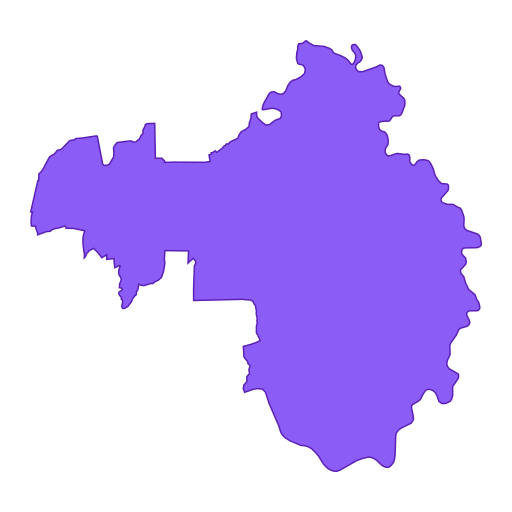 outline of Bac Tan Uyen, Bình Dương, Vietnam
{"feature_id": "81297802B7309999559024", "entity_name": "Bac Tan Uyen", "entity_type": "district", "adm_level": 2, "iso_a3": "VNM", "parent_name": "Vietnam", "parent_adm1": "Bình Dương", "projection": "natural_earth1", "projection_center": [106.832, 11.138], "detail": "fine", "context": "isolated", "style": "filled", "palette": "violet", "viewbox_px": 512, "rotation_deg": 0, "n_neighbors": 0, "source": "geoboundaries", "source_scale": "gbopen_adm2", "svg_char_len": 5981}
<svg xmlns="http://www.w3.org/2000/svg" viewBox="0 0 512 512"><path d="M399.7,86.2L395.4,86.5L393.6,86.2L389.6,84.2L388.6,83.0L387.8,81.8L386.5,78.5L385.0,73.6L384.0,67.8L383.3,66.5L382.1,65.3L379.9,65.0L376.6,66.8L362.6,71.7L358.9,71.7L356.9,70.2L355.7,68.1L355.7,66.2L356.0,65.2L357.8,63.0L359.8,61.8L361.0,60.4L361.7,59.4L362.3,57.0L360.2,50.9L357.4,46.7L355.4,44.5L352.8,44.7L352.1,45.1L351.5,46.5L351.5,47.6L352.1,49.8L355.4,54.3L355.7,55.7L355.5,58.9L354.3,62.2L353.0,64.0L351.6,64.3L351.0,64.1L348.5,60.7L345.5,58.1L340.8,55.7L334.3,53.3L333.2,52.3L332.0,50.1L329.8,48.5L324.1,46.4L314.0,45.6L309.4,43.2L307.2,41.3L306.2,40.8L305.5,40.9L303.8,42.4L301.7,43.6L298.7,43.7L297.8,46.2L297.6,50.1L296.9,52.0L296.4,57.8L296.7,59.8L297.8,63.4L298.8,64.1L302.1,64.8L303.4,65.6L304.8,67.8L305.2,69.1L305.0,71.2L304.5,73.5L300.8,76.9L295.8,79.6L292.8,80.2L290.0,82.3L288.1,85.2L285.7,90.8L283.9,93.1L282.0,94.0L280.3,94.3L278.1,93.7L274.2,91.8L271.7,91.9L270.4,92.5L268.7,94.3L266.8,98.1L264.6,101.6L263.0,105.2L262.2,108.7L262.3,109.3L262.9,109.8L272.2,108.2L276.0,108.9L278.5,110.0L280.4,111.3L281.1,112.1L281.3,113.0L281.4,116.0L280.2,118.4L275.1,120.3L269.1,124.9L265.8,124.9L262.3,122.4L257.5,117.8L256.6,115.4L256.6,112.2L251.5,113.9L251.2,114.2L250.9,118.4L249.3,123.1L249.0,126.5L245.8,129.3L241.1,131.8L238.8,135.3L238.1,137.8L237.6,138.4L230.3,141.8L228.5,143.9L226.3,144.0L225.2,145.6L224.2,145.8L222.1,148.4L216.8,152.4L215.2,150.8L212.6,152.6L211.2,152.8L211.3,154.2L209.0,154.9L210.1,161.5L205.0,162.3L174.5,162.1L164.3,162.4L164.7,161.5L164.5,160.9L161.8,158.2L155.4,158.2L154.7,123.4L147.7,123.6L146.9,123.7L145.2,124.8L144.9,126.4L142.9,130.2L143.1,133.4L141.2,135.3L139.5,138.7L135.9,141.9L134.2,142.2L131.6,141.1L130.0,140.9L117.2,142.5L114.6,145.6L113.5,147.8L113.9,153.2L113.7,156.3L113.2,157.7L109.4,164.1L107.2,165.3L103.9,165.3L102.7,164.2L97.3,136.2L96.3,135.9L82.3,138.0L76.1,138.5L73.7,140.0L70.6,140.3L69.3,141.0L62.2,148.5L60.1,149.9L57.5,150.1L54.4,154.0L50.4,156.2L49.4,157.1L43.5,168.2L41.5,171.4L38.9,173.9L38.6,180.8L37.8,180.8L30.7,212.0L32.5,212.0L31.5,215.6L31.2,219.0L31.1,222.0L31.4,226.0L35.7,226.2L35.8,228.0L37.7,233.4L37.7,234.8L46.5,231.6L50.3,231.3L51.9,229.7L53.0,229.5L54.5,228.7L59.3,227.8L64.7,226.1L65.4,226.2L66.1,228.3L73.4,228.4L84.8,230.8L83.3,235.7L82.9,239.0L83.0,244.4L84.5,255.4L84.2,257.8L85.4,256.7L86.6,253.6L88.1,252.2L88.9,250.8L93.5,248.4L97.6,252.3L101.8,257.7L106.8,254.8L106.7,259.4L114.1,258.6L114.1,262.2L114.9,267.7L119.5,265.5L120.2,265.9L118.7,270.4L118.7,273.3L118.8,274.2L121.1,278.4L121.1,280.3L119.6,284.1L119.4,287.7L122.1,288.3L122.3,289.4L121.9,290.1L119.1,291.9L118.8,293.7L119.3,294.9L121.7,298.0L121.2,299.1L122.6,300.5L122.7,302.2L121.7,306.0L122.5,308.4L124.2,308.5L127.7,306.6L131.2,302.2L133.1,297.9L134.5,296.6L134.6,295.4L135.7,295.3L136.3,294.5L136.5,291.7L137.7,289.9L138.3,287.8L138.7,284.1L141.2,285.4L142.6,285.3L143.8,285.7L150.8,283.5L152.9,283.6L154.5,282.0L158.3,280.2L161.5,277.3L163.6,271.2L164.7,264.2L164.8,261.3L164.3,260.0L164.9,250.6L188.6,250.9L188.0,263.1L193.1,258.4L195.0,260.3L195.8,262.3L195.6,263.7L194.4,265.8L193.6,288.4L193.6,300.5L243.8,299.3L244.5,299.7L250.2,299.9L253.0,301.4L254.0,303.8L255.4,305.4L256.4,311.1L256.2,313.7L257.2,318.3L256.9,320.8L257.2,322.8L256.4,326.3L256.4,332.8L256.8,333.8L257.8,334.7L258.0,336.1L259.2,337.9L260.1,340.5L256.0,342.6L250.4,344.5L243.3,346.4L244.0,356.9L244.4,357.7L247.6,361.5L248.1,363.9L249.8,365.2L250.2,366.0L248.9,369.4L249.5,373.7L246.8,376.6L246.9,381.6L243.8,385.1L243.3,388.7L244.6,392.3L253.3,389.3L257.4,388.6L262.5,389.1L265.5,392.3L269.1,403.4L278.9,426.1L280.7,432.0L282.5,435.2L285.4,437.9L289.8,440.7L300.6,445.3L305.5,445.9L307.6,446.5L311.5,448.6L315.7,452.7L318.6,456.2L323.6,464.2L327.6,468.3L331.4,470.4L334.1,471.2L337.1,471.2L340.2,470.0L356.5,460.7L362.4,458.5L368.2,457.1L370.9,457.3L373.9,458.5L376.4,460.1L382.3,465.7L385.9,467.3L388.4,467.3L389.8,466.6L391.5,465.0L393.6,462.2L394.6,458.7L395.1,454.4L395.7,436.1L396.2,433.3L398.3,430.3L400.9,428.2L411.1,423.2L412.9,420.7L413.5,419.2L413.1,415.2L411.5,407.7L411.6,405.8L412.7,404.5L418.3,401.2L420.2,399.6L421.3,398.0L422.6,394.9L425.5,390.5L426.7,389.6L429.3,389.4L430.8,389.6L433.1,390.7L435.3,392.6L437.1,396.0L438.9,401.3L441.3,403.2L442.9,403.7L446.0,403.3L450.4,401.2L451.7,398.8L452.7,395.5L452.6,386.6L457.7,379.3L458.4,377.7L458.6,376.3L458.4,374.3L458.0,373.8L449.4,368.9L447.9,367.1L446.9,364.8L446.9,362.8L447.3,360.6L450.1,354.5L449.8,345.3L450.9,342.8L456.1,335.4L458.9,329.5L460.8,328.1L467.6,326.1L469.6,323.8L469.7,322.1L469.0,319.6L466.7,315.1L466.6,313.9L467.0,312.5L468.7,311.0L469.9,310.8L477.0,310.8L478.4,310.3L479.5,309.0L479.8,307.8L479.5,305.3L478.7,302.4L476.6,299.2L475.0,294.7L468.6,289.3L465.5,282.8L463.8,276.7L460.9,273.2L460.4,271.0L460.7,269.8L465.7,264.2L466.3,262.1L465.6,258.1L462.0,254.3L461.6,253.5L461.8,250.1L462.2,249.2L463.3,248.3L465.3,247.9L476.8,247.7L479.8,246.7L481.2,245.1L481.3,243.5L480.3,237.6L479.5,235.7L477.5,234.0L466.7,230.3L464.8,228.7L464.0,226.8L463.8,225.1L464.1,219.1L463.8,216.4L461.7,210.4L460.4,208.2L457.9,207.3L453.5,204.6L452.0,204.3L447.6,204.4L443.0,202.8L441.4,201.4L440.9,199.6L441.3,198.2L448.0,190.4L448.5,188.6L448.4,185.2L447.1,184.0L442.7,183.7L441.0,183.2L438.3,180.4L436.3,177.5L434.8,174.5L433.2,168.7L431.5,165.2L430.4,163.1L429.0,161.4L428.2,160.7L426.2,160.1L423.2,159.7L419.2,160.1L417.0,161.8L414.7,164.9L413.2,165.3L411.6,164.3L409.9,162.0L409.8,157.1L409.2,155.0L408.6,154.5L407.6,154.1L403.7,154.3L397.2,153.4L388.7,156.1L387.2,155.4L385.2,152.8L385.1,151.6L385.4,148.7L388.0,144.4L388.2,140.1L387.8,137.7L387.1,135.2L385.5,132.7L384.2,131.8L381.6,131.1L379.6,129.5L378.7,127.2L378.5,123.6L378.9,122.5L379.8,121.9L383.1,121.3L389.1,121.1L390.4,119.8L392.2,117.0L393.6,115.8L399.3,115.8L400.6,115.0L401.9,113.1L404.8,105.3L404.9,100.7L403.9,98.4L398.8,93.8L399.0,91.8L400.6,88.5L400.6,87.7L399.7,86.2Z" fill="#8b5cf6" stroke="#5b21b6" stroke-width="1.5"/></svg>